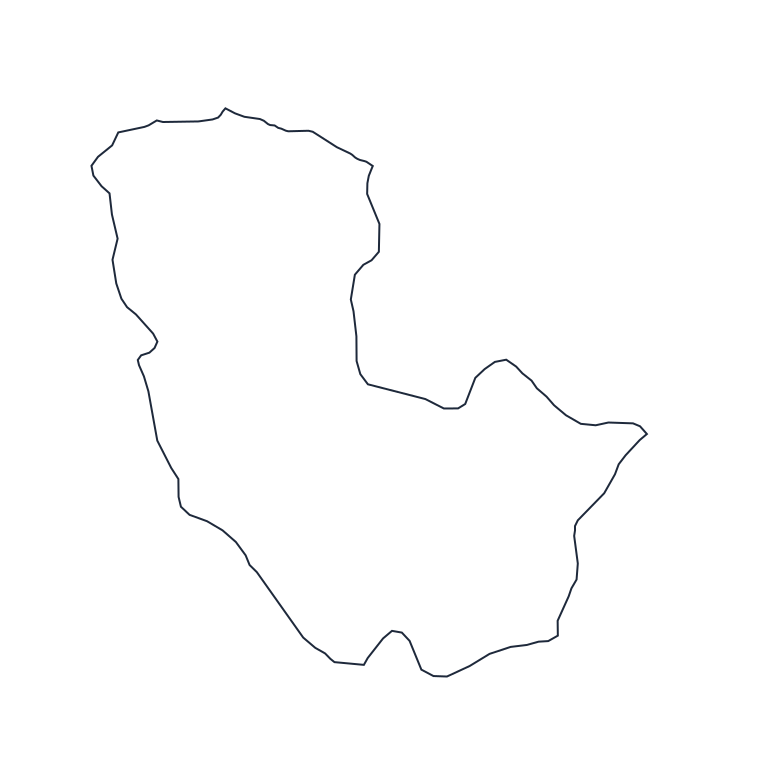 an SVG outline of Marrakech - Tensift - Al Haouz, rotated 80°
{"feature_id": "MAR-1456", "entity_name": "Marrakech - Tensift - Al Haouz", "entity_type": "Region", "adm_level": 1, "iso_a3": "MAR", "parent_name": "Morocco", "parent_adm1": "", "projection": "mercator", "projection_center": [-8.579, 31.832], "detail": "fine", "context": "isolated", "style": "outline", "palette": "slate", "viewbox_px": 768, "rotation_deg": 80, "n_neighbors": 0, "source": "natural_earth", "source_scale": "10m", "svg_char_len": 1830}
<svg xmlns="http://www.w3.org/2000/svg" viewBox="0 0 768 768"><g transform="rotate(80 384 384)"><path d="M90.1,601.9L89.2,575.3L88.4,570.9L85.0,562.0L87.6,556.2L93.2,521.1L93.7,506.9L92.8,501.1L90.5,498.0L87.7,495.6L85.0,492.3L91.6,483.7L96.6,475.1L101.5,460.2L103.9,456.6L107.9,453.1L109.2,451.2L110.4,446.8L113.4,443.7L114.7,440.8L117.5,436.7L118.5,434.4L121.5,414.4L123.2,410.4L142.6,389.3L151.2,377.2L152.8,375.5L155.9,373.1L157.6,371.2L159.2,368.8L161.1,364.5L162.1,362.7L167.4,357.2L168.1,357.7L176.3,362.8L183.4,365.5L193.9,367.6L225.6,360.7L252.9,366.1L260.0,374.8L263.0,383.6L271.3,393.7L295.0,402.0L307.1,401.4L332.3,402.9L356.6,407.0L370.2,405.6L381.5,399.9L406.0,345.9L418.5,329.3L420.9,315.3L417.8,307.5L393.8,293.0L386.8,282.3L381.5,271.0L381.3,259.4L389.8,250.8L397.5,245.9L406.3,238.1L414.8,234.2L424.7,226.1L434.5,220.2L446.4,210.2L457.4,197.1L461.4,182.7L460.9,169.7L466.0,145.6L470.1,139.2L478.9,133.8L483.6,141.9L496.1,158.4L503.8,166.8L513.0,172.2L529.8,186.1L551.9,216.8L557.1,220.6L561.3,221.3L566.6,223.1L594.4,224.3L610.0,228.3L617.8,234.9L625.2,239.0L647.3,254.1L662.0,256.5L665.7,266.9L664.6,276.5L665.8,288.7L664.9,304.9L668.1,326.9L676.6,348.6L683.0,372.8L680.2,386.0L671.8,396.8L641.4,403.4L631.9,409.6L628.5,419.0L634.4,429.1L651.0,447.6L657.1,452.6L649.3,481.1L645.4,484.5L639.1,488.8L631.9,497.5L619.7,507.6L547.2,541.9L538.9,547.8L528.7,550.0L513.9,557.3L500.1,568.4L488.4,582.1L479.1,598.2L469.6,605.3L459.5,605.9L441.9,603.0L429.8,608.1L400.4,617.1L350.3,617.3L334.8,619.1L322.9,622.0L317.6,622.3L313.6,618.2L312.4,609.6L308.7,603.7L302.9,599.8L294.3,602.6L272.4,616.2L263.7,623.7L254.4,627.8L238.5,630.2L214.5,629.8L194.6,621.1L169.8,622.5L148.6,621.2L140.2,627.8L128.3,634.0L118.3,634.2L110.6,626.2L101.8,610.3L90.1,602.0L90.1,601.9Z" fill="none" stroke="#1e293b" stroke-width="2"/></g></svg>